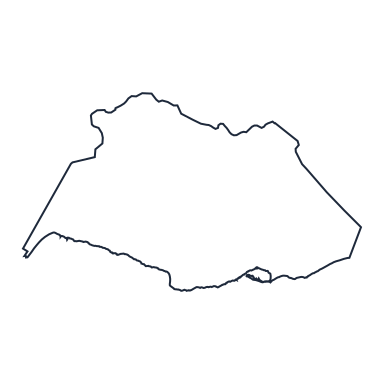 outline of Al Madaribah Wa Al Aarah, Lahij, Yemen
{"feature_id": "15242507B42929104515356", "entity_name": "Al Madaribah Wa Al Aarah", "entity_type": "district", "adm_level": 2, "iso_a3": "YEM", "parent_name": "Yemen", "parent_adm1": "Lahij", "projection": "albers", "projection_center": [43.959, 12.857], "detail": "fine", "context": "isolated", "style": "outline", "palette": "slate", "viewbox_px": 384, "rotation_deg": 0, "n_neighbors": 0, "source": "geoboundaries", "source_scale": "gbopen_adm2", "svg_char_len": 5981}
<svg xmlns="http://www.w3.org/2000/svg" viewBox="0 0 384 384"><path d="M24.4,256.0L25.2,255.9L25.9,256.1L26.1,256.3L25.9,256.6L26.0,257.5L27.5,257.3L31.4,252.2L34.1,248.3L36.7,245.1L39.0,242.4L41.8,239.5L45.0,236.9L49.1,234.3L52.8,232.7L53.7,232.5L54.7,232.6L56.3,233.4L57.1,233.9L59.1,234.6L59.5,234.8L59.6,235.1L60.3,235.5L60.5,236.1L60.4,236.8L60.2,237.2L60.4,237.0L60.6,236.1L60.6,236.5L60.8,236.2L61.1,236.0L62.7,236.1L63.3,236.5L64.2,236.8L65.4,238.0L65.9,238.1L66.5,238.0L66.9,238.7L67.1,239.7L67.3,239.4L66.5,238.0L67.5,237.7L68.2,237.7L68.9,237.8L69.2,238.2L69.6,238.2L70.0,238.5L71.0,238.6L71.9,239.0L72.5,239.3L73.0,239.4L73.4,239.8L74.0,240.8L74.4,241.1L74.9,241.2L75.8,241.1L76.5,241.3L79.2,240.8L82.9,241.6L83.3,242.0L85.7,241.6L87.2,242.0L87.7,242.2L88.0,242.6L88.5,243.0L88.6,243.3L89.1,243.5L89.2,243.8L89.7,244.3L90.7,244.6L92.2,245.3L94.4,245.9L95.5,245.8L96.6,246.1L97.4,246.1L97.9,246.2L98.6,246.2L99.2,246.3L99.3,246.6L100.0,246.9L100.5,246.8L101.3,246.9L102.0,247.2L102.5,247.7L104.5,248.0L105.3,248.3L105.9,248.8L107.9,249.3L108.6,250.1L109.8,250.7L110.1,251.5L110.4,251.7L110.5,252.1L111.3,252.4L111.9,252.4L112.5,252.6L113.0,253.1L112.8,253.4L113.0,253.5L114.2,253.2L115.5,253.2L116.5,253.8L116.4,254.0L116.7,254.2L116.8,254.6L117.1,254.8L117.9,254.9L120.6,253.9L123.8,253.6L124.5,254.1L125.7,254.1L126.3,254.4L127.3,254.6L127.6,254.9L128.0,255.0L129.5,256.4L132.2,257.7L132.9,258.4L133.9,258.9L134.0,259.2L135.7,259.4L136.0,259.6L136.2,259.9L137.0,260.5L138.4,260.7L138.8,261.0L140.0,261.4L141.1,262.5L141.4,263.5L141.7,263.5L142.6,264.0L144.0,264.2L144.2,264.6L145.3,265.5L145.4,265.8L145.7,266.1L146.4,266.1L148.4,265.9L148.5,266.1L150.7,266.5L151.4,267.2L151.9,267.5L152.4,267.3L153.8,267.1L154.7,267.4L156.5,267.6L157.1,267.8L157.5,268.3L158.1,268.3L158.3,268.5L158.4,268.8L159.0,269.4L160.6,269.8L161.8,269.9L162.2,270.1L163.0,270.3L164.2,271.0L164.6,271.0L165.2,271.3L165.6,271.6L166.1,271.5L166.7,271.6L167.4,272.0L168.6,273.2L168.9,273.7L169.3,274.4L169.8,276.2L170.2,279.0L170.1,281.5L169.8,283.9L169.8,285.2L170.3,285.9L171.0,286.4L174.0,288.6L174.1,288.9L174.3,289.1L176.2,289.4L176.7,289.3L177.2,289.5L178.6,289.5L179.0,289.8L179.8,289.9L181.2,290.8L182.5,290.6L184.3,289.8L184.7,289.8L185.1,290.1L186.1,290.3L186.7,290.8L187.3,290.5L188.3,290.5L188.9,290.2L189.4,290.5L190.2,290.5L190.9,290.1L191.3,290.1L193.8,288.6L196.5,287.1L197.4,287.1L199.1,287.4L200.1,287.9L200.6,287.5L201.7,287.3L203.7,288.0L205.0,287.7L206.2,287.1L207.2,286.9L207.3,287.0L208.3,287.0L208.6,287.2L210.3,286.7L211.7,286.9L211.8,287.0L213.9,286.1L215.7,286.3L216.0,286.5L216.2,286.8L217.0,287.0L217.6,287.4L218.6,287.1L219.0,286.7L221.1,285.6L222.3,284.8L222.6,284.9L223.7,284.3L224.4,284.2L225.0,284.3L225.4,284.1L225.5,283.7L225.8,283.6L225.9,283.3L226.2,283.0L226.4,282.8L226.7,282.8L226.7,282.7L227.1,282.4L227.6,282.2L228.1,281.8L229.2,281.4L230.0,281.8L232.4,280.6L232.9,280.5L234.0,280.8L234.5,280.7L234.7,280.3L235.7,280.1L236.0,279.6L236.5,279.9L236.4,279.6L236.8,279.5L237.3,278.8L237.8,278.4L238.3,278.5L238.7,277.8L239.0,277.5L239.6,277.4L239.7,277.7L240.2,277.5L240.5,277.2L240.4,276.8L241.0,276.6L241.1,276.4L242.1,275.7L242.8,275.0L243.6,274.6L244.1,274.6L244.3,274.2L245.1,273.7L245.7,273.6L246.0,273.3L247.0,271.9L248.1,271.5L248.1,271.3L248.2,271.2L248.8,271.0L249.9,270.4L250.7,270.3L251.5,270.5L252.0,270.2L252.8,269.9L253.2,269.6L253.8,269.4L255.6,268.5L255.9,268.5L255.6,268.1L256.5,267.3L257.0,267.2L257.7,267.5L258.0,268.1L258.9,268.2L261.7,269.5L262.8,269.7L263.8,270.2L264.9,270.2L265.6,270.9L265.9,271.0L267.6,270.9L267.9,271.1L268.5,272.6L269.2,273.1L269.8,273.3L270.3,273.7L270.5,274.7L270.7,276.0L270.6,278.5L270.3,279.8L269.7,280.9L268.7,281.3L268.3,281.2L266.9,281.4L266.1,281.2L265.4,281.5L265.2,281.4L264.8,281.4L264.1,281.7L262.8,282.0L259.7,280.1L258.9,278.9L258.7,278.5L258.3,279.3L257.4,279.7L256.7,279.3L256.2,278.5L255.2,279.2L254.9,279.2L254.5,279.0L253.3,276.7L252.9,276.2L252.7,276.6L251.6,275.9L250.8,275.9L250.1,275.6L249.3,275.0L248.3,274.8L247.8,274.9L247.4,275.4L247.2,275.2L246.9,275.3L246.5,276.0L246.9,276.4L247.1,276.3L248.0,276.6L249.9,277.8L250.9,278.2L253.0,279.7L255.9,280.1L259.1,281.1L261.5,282.1L261.8,282.0L262.7,282.3L264.8,281.7L265.3,281.7L265.4,281.8L267.0,281.6L268.7,281.7L268.9,281.5L269.3,281.4L269.8,281.6L269.9,281.8L270.3,282.1L270.1,282.2L270.4,282.4L271.0,281.5L272.3,280.5L272.9,280.1L273.6,279.9L276.8,277.9L278.3,277.2L279.0,277.2L280.0,276.6L281.6,276.0L282.9,275.7L284.4,275.7L287.1,276.0L287.6,276.2L288.3,276.9L288.5,277.2L289.1,277.6L290.4,278.0L290.8,277.9L292.7,278.7L292.8,278.8L294.4,279.1L295.1,279.0L295.6,278.6L296.7,277.9L300.7,277.0L301.8,276.9L303.1,277.1L304.8,277.9L305.5,277.5L306.7,277.5L306.9,277.0L307.4,276.8L307.9,276.3L308.0,276.4L309.0,275.6L310.2,275.0L310.5,274.7L312.4,273.5L313.2,273.2L313.9,273.2L315.2,272.3L315.6,272.2L316.7,271.5L317.8,271.2L319.6,269.7L322.2,268.5L327.6,265.5L330.3,263.9L331.6,263.4L333.7,262.2L336.1,261.3L339.7,260.3L343.8,258.9L347.4,258.0L349.4,257.8L361.0,227.2L344.4,210.6L326.8,192.3L306.5,168.9L302.1,164.2L295.8,151.8L295.6,148.8L298.8,145.0L297.6,141.0L275.1,123.1L274.6,123.3L272.6,121.6L267.8,123.4L265.5,124.7L264.0,126.7L261.6,127.9L257.0,125.5L254.4,125.5L252.0,126.7L246.3,132.2L243.6,131.8L241.1,132.5L236.6,135.1L233.9,135.3L231.5,134.2L229.6,132.3L228.2,130.1L226.6,127.9L224.8,126.0L223.1,123.9L220.5,123.7L218.4,125.3L218.0,127.9L215.5,128.9L213.2,127.6L211.1,126.1L208.7,125.0L206.5,124.8L200.9,123.7L192.9,119.8L181.2,113.7L177.4,105.4L173.7,105.5L167.8,102.0L162.2,100.5L158.8,101.7L156.3,99.7L151.6,93.6L142.2,93.2L136.2,96.4L131.6,96.1L128.4,98.4L126.1,101.5L124.1,103.5L120.6,105.7L117.0,107.5L116.4,107.6L115.4,108.3L115.4,109.7L111.2,112.5L108.3,112.6L105.8,111.8L104.6,110.0L97.2,110.3L92.0,113.8L90.9,115.5L91.9,124.5L93.8,126.3L98.6,127.9L101.8,133.1L102.8,137.7L102.4,143.5L95.4,149.3L94.8,157.1L72.5,162.4L70.9,163.8L23.0,248.6L27.5,251.4L24.4,256.0Z" fill="none" stroke="#1e293b" stroke-width="2"/></svg>